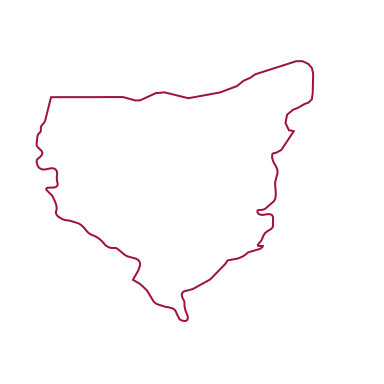 the border of Dolj, rotated 167°
{"feature_id": "ROU-122", "entity_name": "Dolj", "entity_type": "County", "adm_level": 1, "iso_a3": "ROU", "parent_name": "Romania", "parent_adm1": "", "projection": "natural_earth1", "projection_center": [23.693, 44.245], "detail": "fine", "context": "isolated", "style": "outline", "palette": "rose", "viewbox_px": 384, "rotation_deg": 167, "n_neighbors": 0, "source": "natural_earth", "source_scale": "10m", "svg_char_len": 2421}
<svg xmlns="http://www.w3.org/2000/svg" viewBox="0 0 384 384"><g transform="rotate(167 192 192)"><path d="M61.1,296.0L54.9,294.6L49.8,290.6L47.3,285.8L47.3,280.1L52.2,261.0L54.4,255.3L58.4,252.9L62.6,252.4L70.6,250.0L74.9,249.5L82.0,245.9L85.4,238.1L83.6,230.3L79.1,228.5L79.1,228.4L95.6,212.8L101.8,211.2L103.9,211.5L105.4,210.6L106.2,207.5L106.1,204.6L105.5,201.5L104.2,197.4L103.8,194.1L104.4,191.2L108.7,183.0L109.3,180.9L110.2,174.5L111.1,170.1L112.3,166.9L114.1,164.7L124.6,159.1L127.3,158.8L131.3,159.5L132.4,159.1L132.8,157.4L132.3,156.0L131.1,154.9L129.6,154.1L127.6,153.7L123.3,153.4L121.1,152.9L119.5,151.8L118.8,150.2L118.8,148.4L120.3,143.0L120.6,140.9L121.4,139.5L123.1,138.2L127.0,137.0L130.0,135.6L132.7,132.9L133.9,130.9L135.3,129.2L139.7,125.8L139.7,124.8L138.5,124.2L136.7,123.9L135.2,123.4L135.8,122.5L138.5,121.3L151.1,120.5L153.5,119.1L156.8,117.9L161.7,116.9L172.8,117.3L175.6,114.5L194.0,102.7L212.9,97.3L222.4,96.9L224.2,95.9L225.0,94.5L225.2,92.6L225.0,90.7L224.6,89.1L224.2,87.6L224.2,86.1L225.0,82.2L225.1,79.4L224.9,77.0L224.5,74.9L224.2,73.0L224.2,71.3L224.8,69.2L225.7,68.2L226.9,67.8L228.3,68.0L230.8,69.0L232.8,70.9L234.3,76.8L234.5,78.8L235.4,81.2L237.0,82.9L240.5,84.8L243.5,86.0L250.2,89.9L252.1,91.3L253.9,93.6L258.0,106.1L260.4,109.9L263.6,114.4L269.3,119.7L261.8,127.8L259.1,132.2L258.7,134.1L258.9,136.0L259.7,137.9L261.5,139.6L269.5,143.9L271.6,145.8L276.9,152.8L278.5,154.4L280.6,155.1L282.9,155.5L285.4,156.7L288.2,159.4L290.9,164.5L293.2,167.6L295.6,170.1L300.1,173.4L302.1,175.4L303.7,178.3L305.5,182.0L307.6,184.9L309.7,187.0L317.0,191.3L322.0,193.2L324.4,194.7L328.1,198.3L329.2,200.7L329.3,202.7L328.4,204.4L327.5,206.4L327.2,209.7L327.6,213.5L329.0,219.7L333.2,226.5L333.3,228.0L332.0,228.6L329.7,228.4L327.3,227.7L325.1,227.4L323.2,227.6L322.1,228.3L321.2,229.4L321.0,230.7L321.0,233.8L320.2,237.6L319.4,239.6L319.0,242.3L319.4,243.9L320.5,245.4L322.1,246.4L323.7,246.8L330.1,247.0L332.7,247.6L335.4,249.7L336.4,252.0L336.7,254.6L336.5,256.8L335.7,258.5L331.9,260.5L330.0,261.8L328.9,264.0L329.4,266.0L332.3,270.4L332.8,272.4L332.5,274.3L330.0,281.2L328.9,282.9L326.1,284.7L325.4,285.9L324.8,288.9L323.9,290.3L320.3,293.0L318.9,294.8L308.0,316.1L237.8,300.0L226.3,293.8L221.9,293.0L204.9,296.5L201.8,296.0L196.2,295.2L174.5,284.2L142.5,282.7L124.3,285.1L116.8,288.8L109.7,290.1L103.7,292.5L87.8,293.8L61.1,296.0Z" fill="none" stroke="#9f1239" stroke-width="2"/></g></svg>